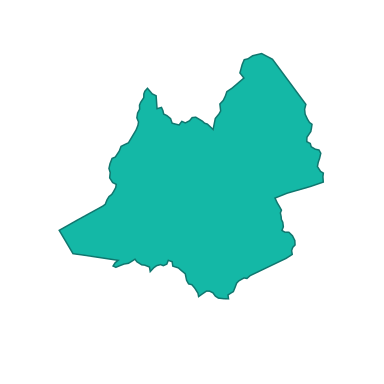 Santana de Mangueira, Paraíba, Brazil (orthographic projection), rotated 159°
{"feature_id": "56859067B83956066000266", "entity_name": "Santana de Mangueira", "entity_type": "district", "adm_level": 2, "iso_a3": "BRA", "parent_name": "Brazil", "parent_adm1": "Paraíba", "projection": "orthographic", "projection_center": [-38.328, -7.628], "detail": "fine", "context": "isolated", "style": "filled", "palette": "teal", "viewbox_px": 384, "rotation_deg": 159, "n_neighbors": 0, "source": "geoboundaries", "source_scale": "gbopen_adm2", "svg_char_len": 2122}
<svg xmlns="http://www.w3.org/2000/svg" viewBox="0 0 384 384"><g transform="rotate(159 192 192)"><path d="M69.3,287.1L77.4,296.3L86.5,297.5L92.1,296.3L95.8,296.8L99.4,293.1L104.6,286.0L102.7,279.8L117.3,274.6L123.5,273.2L126.4,269.7L130.0,266.3L134.4,264.2L136.2,257.4L138.8,255.2L143.9,252.3L149.9,242.8L153.3,249.9L155.6,251.7L156.9,254.4L161.7,260.5L165.2,261.4L168.7,259.4L173.5,258.9L176.2,261.6L180.0,259.2L182.9,261.2L185.9,263.4L185.7,268.2L188.1,272.4L190.5,274.9L190.0,278.4L190.2,281.9L194.8,282.3L191.0,294.7L194.0,297.9L196.4,304.8L199.9,303.0L201.8,300.8L203.2,297.4L207.8,294.1L209.9,291.9L211.2,288.1L214.5,285.2L216.9,281.0L216.8,276.6L218.5,273.7L222.0,269.9L229.0,264.4L233.7,260.7L237.9,260.4L241.9,260.0L245.2,256.3L251.1,252.1L254.6,252.0L258.4,247.8L261.1,243.7L261.4,239.4L263.8,234.7L262.7,229.3L260.0,226.3L261.6,223.5L265.2,220.4L267.8,218.5L271.1,217.5L274.2,215.1L277.4,211.6L280.4,210.8L309.0,206.9L329.7,203.8L325.2,177.1L322.0,175.3L317.9,173.1L285.5,154.7L289.1,153.5L292.2,151.2L290.1,149.0L285.3,149.1L281.2,149.1L276.9,148.2L272.6,149.0L269.3,149.7L268.5,146.7L265.0,142.0L262.4,140.7L258.6,137.2L259.5,132.7L254.8,135.0L251.3,135.9L247.3,135.5L245.2,133.5L241.4,133.7L238.6,136.7L235.5,134.0L236.5,129.7L231.9,126.0L230.1,122.5L227.6,118.1L228.7,111.5L228.1,107.4L225.4,105.6L223.9,101.4L222.7,95.4L223.3,92.0L219.1,93.1L214.0,94.3L211.1,93.1L208.6,90.4L207.5,86.4L205.4,83.5L200.4,80.9L196.2,79.2L195.3,83.0L192.0,83.7L189.1,84.2L185.9,87.6L183.0,90.9L180.3,92.2L177.3,92.7L174.2,93.1L171.7,91.6L167.7,93.1L133.3,95.9L128.0,96.3L120.8,97.8L120.0,101.6L117.8,104.2L114.8,105.6L113.4,109.8L113.9,115.1L116.0,119.7L119.7,121.2L121.8,123.9L119.2,126.8L118.1,131.2L118.4,134.3L117.6,137.2L117.0,140.8L115.0,143.0L115.6,147.2L116.3,151.2L116.7,156.6L103.5,156.8L79.3,154.7L65.9,154.2L64.3,159.4L62.6,162.6L64.6,165.1L65.8,170.8L63.5,174.5L60.9,177.6L57.9,182.0L58.4,185.7L61.6,187.8L64.5,191.5L64.2,194.9L66.8,197.9L65.1,201.9L59.4,205.9L57.6,208.8L55.7,212.2L57.4,214.8L58.1,218.5L58.5,224.1L57.2,228.9L54.3,233.0L69.3,287.1Z" fill="#14b8a6" stroke="#0f766e" stroke-width="1.5"/></g></svg>